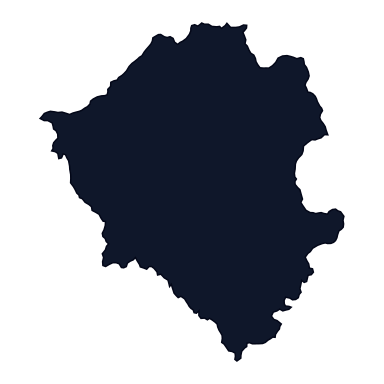 São Miguel Arcanjo, São Paulo, Brazil
{"feature_id": "56859067B88039902051634", "entity_name": "São Miguel Arcanjo", "entity_type": "district", "adm_level": 2, "iso_a3": "BRA", "parent_name": "Brazil", "parent_adm1": "São Paulo", "projection": "robinson", "projection_center": [-47.987, -23.932], "detail": "fine", "context": "isolated", "style": "filled", "palette": "ink", "viewbox_px": 384, "rotation_deg": 0, "n_neighbors": 0, "source": "geoboundaries", "source_scale": "gbopen_adm2", "svg_char_len": 4293}
<svg xmlns="http://www.w3.org/2000/svg" viewBox="0 0 384 384"><path d="M234.9,359.4L236.9,361.0L240.8,358.2L240.9,355.3L241.7,351.3L244.6,348.0L246.7,346.6L246.9,343.2L249.6,342.7L252.4,343.8L259.1,343.7L262.6,343.5L265.3,342.4L268.2,340.0L270.2,338.9L272.7,337.1L275.1,337.3L275.5,334.4L277.5,331.3L279.4,329.0L279.8,326.5L281.3,324.0L277.1,320.6L273.8,319.4L271.4,316.1L273.3,312.1L277.0,310.9L279.7,309.1L282.8,310.9L285.5,310.1L288.9,309.3L291.2,307.2L289.0,306.4L285.4,306.0L284.3,303.8L284.1,300.5L285.6,297.2L289.9,298.1L292.5,299.8L295.6,299.5L298.3,297.7L299.2,294.4L301.1,292.2L299.9,288.8L300.8,284.7L301.6,280.4L304.2,282.4L306.6,281.5L307.4,278.1L308.1,275.3L311.3,274.7L313.4,272.2L312.5,268.8L309.4,268.1L308.7,263.9L306.8,260.7L305.2,257.2L307.9,253.4L310.3,251.6L312.6,248.3L317.6,245.3L322.1,243.6L325.2,242.9L327.7,243.5L330.9,243.4L333.6,242.3L335.5,240.6L336.9,237.8L337.6,234.7L338.9,230.9L341.3,229.3L343.2,227.2L343.6,223.9L343.0,220.2L343.9,216.3L340.6,211.8L337.8,210.8L335.6,209.1L332.5,209.5L329.1,211.5L327.5,214.1L323.9,213.5L321.2,212.6L318.6,213.0L315.7,213.6L313.0,212.7L310.2,212.6L306.0,210.3L302.6,205.3L300.8,202.4L302.5,199.1L301.1,194.2L299.9,189.7L297.6,187.5L295.1,184.4L294.9,181.5L296.4,179.0L294.8,176.9L294.4,173.3L295.1,169.2L295.4,164.0L296.4,161.0L298.5,157.9L301.8,154.5L303.1,150.9L303.5,146.1L307.1,143.0L309.5,141.2L311.8,139.6L315.1,139.9L317.8,138.8L321.1,137.8L324.5,134.6L327.8,134.8L326.1,130.1L325.2,126.7L323.2,123.5L320.9,120.6L319.7,117.7L320.4,114.2L322.5,110.7L321.6,108.2L319.8,106.2L317.4,101.7L316.4,98.7L315.2,96.3L312.8,93.8L310.1,92.4L307.9,92.2L306.5,88.3L305.0,85.2L305.9,82.4L308.1,79.0L309.1,75.9L308.3,71.9L306.5,67.4L304.3,64.5L304.0,61.8L303.3,58.7L300.8,57.6L296.8,58.7L293.4,57.3L290.7,56.5L287.0,55.6L282.5,56.0L278.1,58.1L275.7,62.4L272.5,65.7L268.8,68.1L266.1,68.0L263.7,68.1L260.0,67.8L257.6,64.5L256.0,61.6L255.4,58.4L253.8,55.1L250.8,53.2L249.0,50.1L247.3,46.1L245.0,43.7L245.8,39.8L244.2,35.4L242.9,32.4L244.6,30.5L246.5,28.0L246.7,25.3L243.5,25.0L239.5,26.9L235.9,27.4L230.6,27.4L226.9,23.3L225.2,25.6L221.4,28.4L219.6,26.4L216.7,26.8L211.9,26.4L208.3,24.2L204.4,24.2L201.7,23.0L199.9,24.6L197.8,26.1L194.7,24.7L191.7,25.6L190.9,28.1L190.8,30.9L189.4,34.3L186.3,38.5L182.5,41.3L180.1,42.4L177.7,44.4L174.6,42.2L173.1,38.4L170.1,36.7L167.2,37.5L164.4,36.8L160.7,34.5L158.4,34.6L156.3,35.8L152.9,37.8L152.3,41.2L150.9,44.0L149.0,46.3L146.2,49.5L144.3,51.9L141.9,55.8L139.4,57.3L137.7,59.0L134.6,61.5L132.0,63.4L129.1,66.5L126.5,70.9L123.9,73.7L122.0,75.4L118.7,77.5L117.1,80.1L114.0,80.8L110.8,82.3L110.6,86.4L107.8,89.3L107.9,92.0L107.1,94.8L105.0,95.6L101.3,95.9L97.2,96.9L93.2,99.0L90.6,101.1L90.0,104.0L87.4,106.7L84.8,108.1L81.6,110.4L79.4,111.3L75.9,112.2L72.7,113.1L69.6,114.5L65.7,113.2L62.0,112.1L57.9,112.5L54.9,111.9L50.4,111.3L47.4,112.2L44.3,113.5L41.9,116.6L40.1,118.5L44.2,120.6L47.8,120.6L52.2,122.9L53.1,126.2L53.6,129.0L56.0,130.7L57.7,134.0L57.9,138.2L55.9,140.1L53.7,142.7L52.8,145.6L53.1,148.5L51.7,150.9L55.3,151.7L57.8,153.4L58.8,158.6L61.5,157.9L63.2,153.9L65.5,154.7L66.9,157.9L68.6,160.7L69.6,166.1L69.8,169.3L70.7,174.5L70.8,178.5L70.6,182.8L73.5,186.7L75.0,189.3L76.8,193.1L78.9,195.0L79.5,197.6L82.3,198.7L85.1,202.3L88.9,204.5L91.5,206.7L92.1,210.4L95.6,212.2L99.1,214.3L100.9,217.9L103.1,221.2L105.5,221.5L105.3,225.4L104.0,229.9L102.3,233.3L102.9,236.5L105.2,238.5L106.2,241.5L108.6,243.9L106.5,246.3L105.4,249.9L102.3,253.8L103.6,257.5L102.6,261.7L102.9,265.5L105.6,266.5L109.2,264.4L112.8,262.7L116.1,262.7L119.2,263.8L121.4,267.5L123.7,267.8L126.3,266.6L127.4,263.1L130.1,261.2L133.3,259.8L135.4,257.5L137.3,261.0L139.5,264.5L140.3,266.9L143.7,268.0L146.7,269.2L149.0,266.6L151.5,266.5L154.0,268.3L157.0,271.9L157.6,275.0L160.9,274.2L164.2,277.8L168.0,280.1L168.8,283.1L169.6,286.5L171.3,284.3L172.4,287.9L174.1,293.2L176.4,295.8L178.2,297.6L180.9,296.3L184.6,298.8L186.4,301.8L187.8,303.8L189.2,306.4L191.0,308.4L193.2,309.9L194.1,312.7L196.4,313.2L198.9,310.9L198.9,315.6L201.0,318.4L204.6,318.1L207.4,319.8L209.5,318.3L212.4,320.1L215.3,322.3L217.2,324.2L217.7,326.9L219.0,330.1L220.8,333.0L222.1,335.4L222.3,338.5L221.7,342.4L224.1,344.1L226.9,348.2L228.7,350.9L232.2,351.5L235.1,353.1L235.4,356.3L234.9,359.4Z" fill="#0f172a" stroke="#020617" stroke-width="1.5"/></svg>